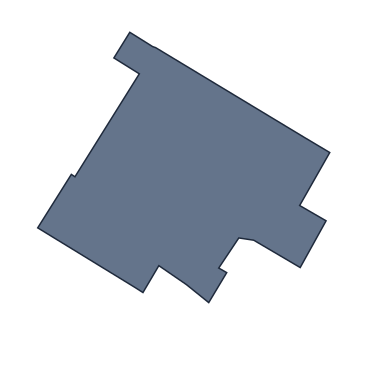 Morgan, Ohio, United States of America, rotated 28°
{"feature_id": "52423323B32788955396058", "entity_name": "Morgan", "entity_type": "district", "adm_level": 2, "iso_a3": "USA", "parent_name": "United States of America", "parent_adm1": "Ohio", "projection": "albers", "projection_center": [-81.828, 39.61], "detail": "fine", "context": "isolated", "style": "filled", "palette": "slate", "viewbox_px": 384, "rotation_deg": 28, "n_neighbors": 0, "source": "geoboundaries", "source_scale": "gbopen_adm2", "svg_char_len": 445}
<svg xmlns="http://www.w3.org/2000/svg" viewBox="0 0 384 384"><g transform="rotate(28 192 192)"><path d="M185.7,303.0L195.9,303.8L197.3,272.6L230.6,276.4L258.7,281.8L259.0,275.9L260.5,246.9L251.3,246.6L254.9,210.6L269.1,205.6L323.0,207.9L323.9,154.5L293.4,153.4L295.1,92.5L264.4,91.0L92.1,81.6L89.0,82.1L62.1,80.2L60.1,110.3L90.0,112.4L81.5,233.5L77.2,233.1L72.6,296.1L185.7,303.0Z" fill="#64748b" stroke="#1e293b" stroke-width="1.5"/></g></svg>